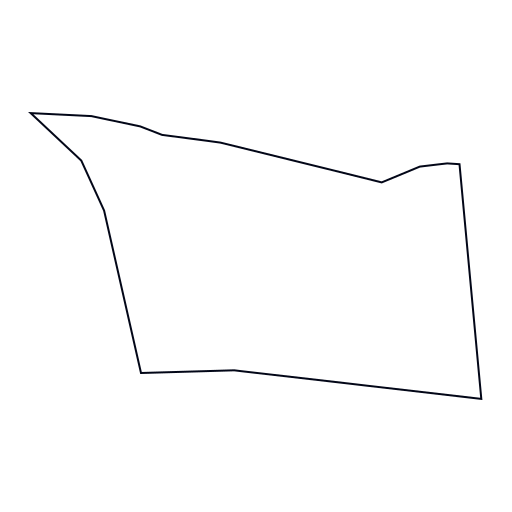 Badr, Al Qahirah, Egypt
{"feature_id": "37247803B98610862498628", "entity_name": "Badr", "entity_type": "district", "adm_level": 2, "iso_a3": "EGY", "parent_name": "Egypt", "parent_adm1": "Al Qahirah", "projection": "natural_earth1", "projection_center": [31.692, 30.146], "detail": "fine", "context": "isolated", "style": "outline", "palette": "ink", "viewbox_px": 512, "rotation_deg": 0, "n_neighbors": 0, "source": "geoboundaries", "source_scale": "gbopen_adm2", "svg_char_len": 412}
<svg xmlns="http://www.w3.org/2000/svg" viewBox="0 0 512 512"><path d="M351.0,383.8L367.1,385.7L481.3,398.9L459.5,164.2L447.2,163.4L437.5,164.5L419.8,166.6L381.7,182.4L326.1,168.6L220.4,142.6L207.2,140.8L162.1,134.9L146.9,129.0L140.2,126.4L105.5,119.1L91.4,116.1L30.7,113.1L81.3,160.6L104.1,210.6L141.0,373.0L203.7,371.2L234.2,370.3L241.5,371.2L351.0,383.8Z" fill="none" stroke="#020617" stroke-width="2"/></svg>